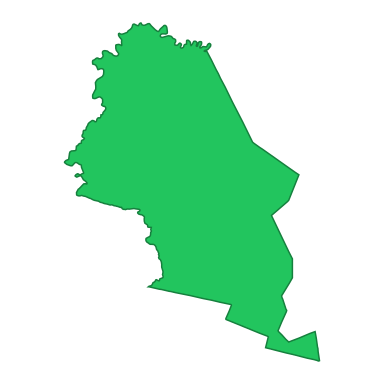 outline of Cobán, Alta Verapaz, Guatemala
{"feature_id": "79465075B25337893511969", "entity_name": "Cobán", "entity_type": "district", "adm_level": 2, "iso_a3": "GTM", "parent_name": "Guatemala", "parent_adm1": "Alta Verapaz", "projection": "mercator", "projection_center": [-90.634, 15.685], "detail": "fine", "context": "isolated", "style": "filled", "palette": "green", "viewbox_px": 384, "rotation_deg": 0, "n_neighbors": 0, "source": "geoboundaries", "source_scale": "gbopen_adm2", "svg_char_len": 5797}
<svg xmlns="http://www.w3.org/2000/svg" viewBox="0 0 384 384"><path d="M148.4,286.8L149.0,286.8L159.3,289.2L161.6,289.5L169.2,291.3L170.8,291.5L175.4,292.6L190.4,295.6L203.4,298.6L211.6,300.2L219.9,302.2L230.9,304.5L231.3,304.8L231.4,305.3L229.3,310.8L226.1,318.0L225.8,319.0L226.1,319.5L259.4,333.1L267.5,336.2L268.3,336.8L265.6,347.7L286.4,353.0L292.2,354.3L307.4,358.2L314.1,359.6L317.6,360.6L318.2,361.0L319.1,360.9L319.5,360.7L318.1,351.5L317.9,348.4L317.5,347.0L316.3,338.3L315.1,331.6L309.8,333.5L299.2,338.0L288.7,342.0L285.9,339.4L281.9,334.9L278.9,332.0L278.0,330.8L281.5,322.4L286.4,311.6L286.7,310.3L286.0,309.3L282.7,299.1L282.0,297.6L281.6,295.8L289.5,282.9L292.4,277.8L292.4,258.8L288.8,251.8L271.5,215.6L271.6,215.3L287.4,201.7L288.7,200.3L298.9,174.8L294.4,171.8L262.3,149.1L259.8,147.5L253.8,143.2L252.6,142.2L242.8,122.2L232.5,102.2L225.1,87.0L220.4,78.2L218.3,73.6L216.1,69.6L211.3,59.8L206.7,51.1L205.3,51.5L204.3,51.2L204.3,50.9L205.0,50.4L206.0,50.2L207.8,49.5L209.9,47.2L210.6,46.1L210.7,45.6L210.7,44.4L210.3,43.9L209.5,43.4L208.6,43.7L207.7,44.5L206.9,46.2L206.2,46.9L203.0,46.5L201.1,47.8L200.0,47.9L199.8,47.5L199.9,46.8L201.1,45.2L201.6,44.0L201.6,42.2L201.3,41.8L200.5,41.6L199.7,41.6L198.6,42.3L198.2,43.3L197.5,45.9L197.2,46.3L196.8,46.4L196.5,46.3L196.3,45.6L197.0,43.6L197.0,42.7L196.5,42.0L196.0,41.5L195.1,41.2L194.1,41.3L193.7,41.5L192.2,44.4L191.1,45.5L190.6,44.5L190.5,42.9L190.1,41.9L188.8,40.6L188.1,40.2L187.4,40.2L186.8,40.4L186.6,40.8L186.5,44.1L185.1,44.4L184.4,44.8L184.0,45.5L183.6,46.9L183.2,47.5L182.1,48.0L181.1,48.0L180.5,47.6L180.4,47.1L181.2,45.4L181.4,44.4L181.0,43.8L180.4,43.3L179.9,43.1L179.2,43.4L177.6,45.1L177.1,45.3L175.3,45.1L174.8,44.8L174.8,43.1L175.6,41.9L175.7,41.5L175.6,39.9L174.8,39.1L173.0,38.4L171.5,36.5L170.0,36.0L168.2,35.8L162.4,37.4L161.5,37.3L160.6,36.8L160.3,36.3L160.3,35.5L160.6,34.7L161.2,34.2L162.6,33.8L165.8,34.0L167.1,33.4L167.4,32.1L166.9,27.9L166.4,26.4L165.5,25.5L164.5,25.4L163.9,25.6L163.5,26.1L160.8,28.5L160.0,29.4L158.8,31.3L158.2,31.5L157.3,31.2L155.4,29.9L151.2,25.8L149.8,24.0L149.3,23.6L148.0,23.7L144.9,25.2L143.3,25.3L141.7,24.6L141.3,23.2L140.6,23.0L140.1,23.2L139.4,23.8L138.7,25.2L138.3,25.7L137.2,25.5L134.3,24.1L133.3,24.2L132.7,24.9L132.1,27.0L131.5,28.1L130.3,29.4L128.1,30.9L127.4,32.2L127.1,32.4L123.8,33.7L122.0,34.2L120.7,34.1L119.3,33.3L118.6,33.7L118.5,35.0L119.2,36.6L121.6,39.6L121.7,40.7L121.5,41.9L121.8,45.2L121.6,45.5L119.6,44.6L118.5,44.4L116.2,44.8L115.8,45.3L115.8,48.3L116.3,50.3L118.6,53.4L118.5,54.5L117.8,55.6L116.2,56.2L114.2,55.7L113.2,55.2L111.8,53.6L109.3,52.6L107.5,51.1L105.3,50.7L104.1,50.7L103.1,51.1L102.6,51.7L102.4,53.1L103.1,55.3L103.1,56.0L102.9,56.8L101.3,58.6L98.8,58.8L98.0,58.1L97.0,58.0L96.1,58.4L94.4,59.8L93.1,60.3L92.7,60.8L92.5,61.9L92.7,64.0L95.2,64.8L95.8,65.2L96.9,67.0L97.9,69.6L98.4,69.6L100.6,68.7L102.2,68.7L103.0,69.1L103.5,69.6L103.8,71.2L103.5,74.5L102.4,76.5L97.4,79.5L96.4,80.8L95.4,82.7L95.8,86.6L95.7,89.2L94.6,91.1L92.7,94.9L92.6,96.3L92.8,98.1L93.4,98.4L94.7,98.6L95.7,98.4L98.7,97.0L99.7,96.9L100.6,97.3L102.0,98.5L102.6,99.5L102.6,102.9L101.9,103.9L101.6,104.8L101.7,105.1L103.1,106.1L103.5,106.3L104.4,106.3L104.9,106.6L105.6,107.4L105.7,107.9L105.8,108.8L105.6,109.3L104.9,110.4L103.1,112.4L102.7,114.2L102.1,114.7L100.9,114.9L100.9,116.4L100.3,117.7L99.8,117.9L98.5,117.8L97.8,118.1L97.0,119.1L96.5,120.9L96.0,121.7L95.3,121.8L95.0,121.8L93.8,120.7L92.2,120.5L89.4,122.5L88.3,123.6L87.5,125.6L86.4,127.4L86.0,129.5L85.8,129.8L85.1,130.4L84.0,130.3L83.4,130.8L83.2,131.6L83.1,133.5L82.1,135.2L82.1,136.4L82.5,137.0L84.2,138.1L84.4,138.4L84.1,139.0L83.2,139.8L82.2,140.1L81.4,141.0L81.3,143.1L81.0,143.3L79.6,143.5L78.9,144.0L78.3,144.5L78.0,145.3L76.4,146.2L76.1,149.6L75.7,150.4L74.8,150.7L71.4,151.0L70.0,151.9L69.5,153.3L68.7,159.2L68.6,159.4L66.1,160.4L64.8,161.6L64.5,162.2L64.7,162.7L66.8,164.4L70.4,165.7L72.0,165.8L72.7,165.2L74.6,163.1L75.1,162.7L75.9,162.5L77.2,162.8L79.4,164.4L80.8,164.7L81.3,165.3L81.5,167.3L83.5,172.4L83.6,173.0L83.4,173.4L82.0,173.8L80.8,174.6L79.8,174.9L79.5,174.8L78.5,174.0L77.4,173.8L76.2,174.5L75.5,175.2L75.1,175.8L75.3,176.3L76.8,177.1L79.8,175.8L80.5,175.8L81.4,176.2L83.4,179.7L85.5,181.2L86.9,182.7L87.0,183.7L86.9,183.9L86.4,184.0L85.4,183.7L83.7,183.9L79.2,188.6L78.2,189.3L76.5,192.5L76.6,194.8L77.0,195.3L78.3,195.8L79.8,195.9L81.8,195.4L83.3,196.0L85.5,196.4L89.3,198.1L91.1,198.7L92.4,199.5L94.3,200.3L98.5,201.2L100.3,202.3L102.2,202.7L104.1,203.5L107.2,204.1L109.4,204.8L110.1,205.0L111.8,204.8L112.5,205.0L114.0,205.7L115.6,205.9L116.4,206.2L117.9,206.5L120.3,207.4L121.3,207.3L121.6,207.4L121.9,208.2L122.3,208.7L123.2,209.3L124.7,209.4L125.6,209.6L126.5,209.2L127.3,209.0L129.4,209.1L134.0,208.5L135.9,208.9L139.1,209.3L139.8,209.7L139.9,210.6L139.7,211.0L137.8,212.1L137.7,212.3L137.7,213.0L138.6,214.0L140.3,214.6L141.5,214.7L142.8,215.4L144.3,216.6L144.4,217.2L144.2,218.9L144.3,221.2L144.9,223.2L147.3,224.8L147.7,225.6L147.7,226.7L148.0,227.1L149.1,227.3L151.3,227.4L150.8,229.4L150.9,230.1L151.4,230.9L151.3,231.4L150.7,232.3L150.6,234.3L150.4,235.5L149.7,236.5L147.5,237.6L146.1,238.4L145.9,239.3L146.0,240.8L147.0,242.2L148.5,243.1L149.5,244.0L150.4,244.3L153.4,244.4L154.5,244.9L155.4,245.9L156.0,247.0L156.6,249.5L157.9,251.1L158.3,252.4L158.8,253.3L158.9,253.7L158.5,254.3L158.6,254.8L159.2,255.9L159.0,256.6L158.6,257.3L158.9,258.4L159.2,258.9L160.0,259.3L160.4,259.8L161.3,261.7L161.7,264.3L161.7,267.1L163.0,271.5L162.9,273.1L162.5,274.5L163.0,276.0L163.1,277.1L162.7,277.8L160.0,278.8L159.7,279.1L159.5,280.3L159.3,280.7L159.1,280.8L158.3,280.7L156.5,279.7L156.0,279.8L155.7,280.0L155.1,281.3L154.7,281.7L154.1,282.2L153.4,282.4L153.0,282.7L152.2,284.6L151.7,285.2L150.6,285.9L149.1,286.2L148.4,286.8Z" fill="#22c55e" stroke="#15803d" stroke-width="1.5"/></svg>